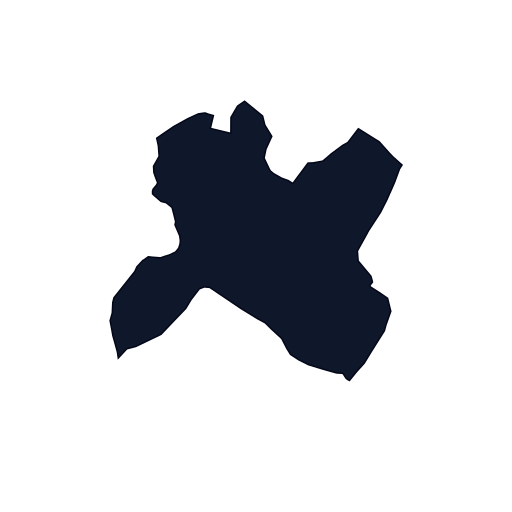 Hays, Al Hudaydah, Yemen, rotated 40°
{"feature_id": "15242507B23661917867997", "entity_name": "Hays", "entity_type": "district", "adm_level": 2, "iso_a3": "YEM", "parent_name": "Yemen", "parent_adm1": "Al Hudaydah", "projection": "natural_earth1", "projection_center": [43.487, 13.93], "detail": "fine", "context": "isolated", "style": "filled", "palette": "ink", "viewbox_px": 512, "rotation_deg": 40, "n_neighbors": 0, "source": "geoboundaries", "source_scale": "gbopen_adm2", "svg_char_len": 2286}
<svg xmlns="http://www.w3.org/2000/svg" viewBox="0 0 512 512"><g transform="rotate(40 256 256)"><path d="M407.6,291.3L407.4,279.6L407.8,268.6L405.6,254.0L402.5,231.3L402.4,230.6L401.5,228.8L399.9,225.3L394.8,211.7L394.4,211.4L394.1,211.1L393.8,211.0L384.0,203.8L377.6,204.4L375.3,204.6L363.4,206.1L362.2,205.6L362.0,201.1L360.4,199.9L357.0,197.6L337.4,194.1L330.5,187.0L330.4,186.8L326.5,166.8L326.4,166.6L325.9,164.0L323.3,142.4L321.5,134.7L320.1,128.7L318.8,124.3L318.0,121.7L318.0,121.4L314.9,110.8L310.0,97.1L309.4,92.4L301.5,92.2L300.8,92.1L297.7,92.1L291.5,91.4L277.1,89.3L252.6,92.7L253.4,110.1L251.3,115.5L248.0,129.3L247.2,134.5L246.1,140.5L239.8,148.0L236.1,151.4L236.2,153.3L236.2,153.5L236.8,162.9L237.0,167.3L237.6,176.7L237.3,176.8L232.9,177.4L232.2,177.5L225.6,179.9L216.5,181.6L212.3,181.6L210.8,181.1L199.9,176.1L199.3,175.9L194.9,167.7L191.5,155.4L191.2,154.2L180.4,150.6L178.3,149.8L171.1,144.5L162.5,144.6L147.8,144.8L146.3,150.1L145.5,153.0L147.7,165.9L157.9,178.2L148.9,182.7L139.0,187.6L133.1,175.8L128.7,177.8L128.1,178.1L125.3,179.0L124.0,180.2L123.4,180.9L120.4,184.3L115.5,194.7L109.7,209.8L107.7,216.9L107.6,217.2L106.2,222.2L105.5,224.8L104.2,229.6L104.3,229.7L110.2,234.2L117.7,241.9L118.8,247.7L119.8,253.1L124.1,257.7L128.8,260.5L133.7,263.2L133.8,264.0L134.2,265.7L134.2,268.0L134.2,270.9L135.0,272.8L136.8,274.9L139.4,275.1L146.4,275.2L148.2,275.2L153.0,272.9L160.5,272.8L165.7,276.5L167.1,277.5L172.3,281.3L172.7,281.9L173.9,284.2L184.6,289.6L188.1,292.8L190.0,295.5L191.6,299.3L191.8,301.4L191.8,304.7L188.9,311.0L186.4,314.8L184.0,318.8L177.3,323.6L174.0,325.8L173.8,326.4L172.6,331.2L172.5,331.3L172.2,332.0L171.7,340.8L173.1,345.7L173.4,356.7L173.9,375.1L174.0,379.2L176.1,383.6L182.5,392.0L185.8,399.3L186.9,400.2L192.9,405.1L197.5,409.0L202.1,412.1L211.5,418.6L216.1,422.7L216.7,410.1L222.0,402.7L223.6,399.2L233.3,377.7L233.6,377.1L234.8,357.7L235.9,341.5L234.3,331.1L233.7,317.6L236.2,313.0L240.7,309.8L278.1,305.9L297.2,303.1L306.0,301.3L314.5,302.0L328.8,302.7L332.1,304.1L339.1,307.0L345.7,309.2L347.4,309.0L355.8,308.0L361.9,306.5L365.4,305.7L366.4,305.4L379.8,299.7L381.4,299.0L392.9,293.8L397.7,290.2L399.1,290.3L400.4,290.8L402.1,291.3L403.9,291.8L405.6,291.7L407.6,291.3Z" fill="#0f172a" stroke="#020617" stroke-width="1.5"/></g></svg>